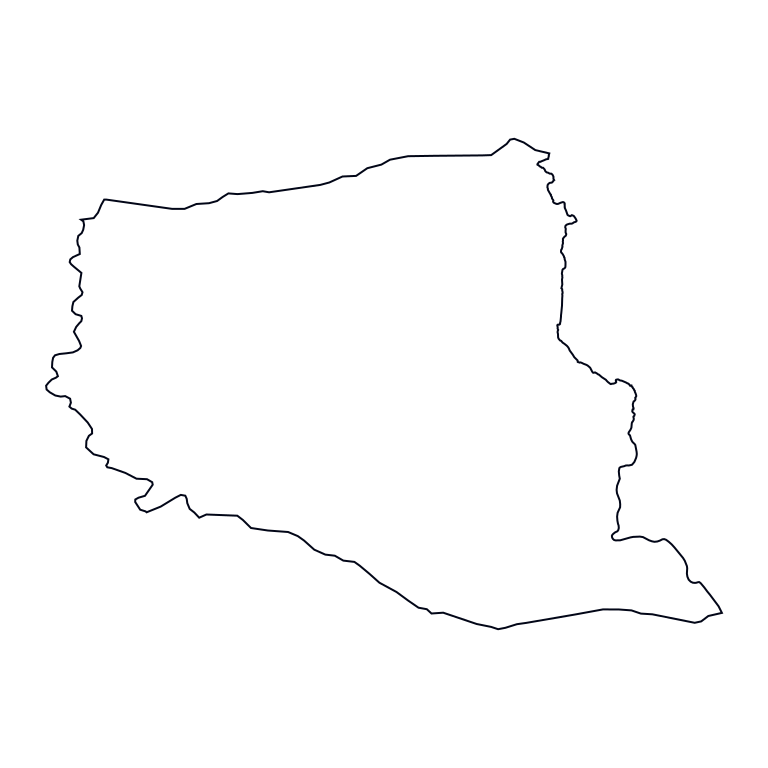 Soca, Canelones, Uruguay
{"feature_id": "84410073B54882123998895", "entity_name": "Soca", "entity_type": "district", "adm_level": 2, "iso_a3": "URY", "parent_name": "Uruguay", "parent_adm1": "Canelones", "projection": "mercator", "projection_center": [-55.499, -34.679], "detail": "fine", "context": "isolated", "style": "outline", "palette": "ink", "viewbox_px": 768, "rotation_deg": 0, "n_neighbors": 0, "source": "geoboundaries", "source_scale": "gbopen_adm2", "svg_char_len": 6059}
<svg xmlns="http://www.w3.org/2000/svg" viewBox="0 0 768 768"><path d="M140.2,509.7L145.6,511.4L146.6,512.3L160.7,506.6L175.3,497.7L180.8,494.9L185.3,495.7L186.7,498.8L187.3,503.2L189.7,508.9L194.3,512.5L199.2,517.7L206.4,514.5L237.3,515.7L242.8,519.9L251.0,528.0L267.8,530.5L288.1,532.0L297.8,536.1L304.0,540.5L314.3,549.7L325.3,554.6L334.8,555.7L343.3,560.6L354.4,561.9L359.6,565.6L369.3,573.7L379.4,582.7L396.5,592.0L408.2,600.6L418.5,607.7L426.8,609.2L431.5,613.5L443.2,612.7L476.7,624.0L491.1,626.9L498.1,629.2L505.4,627.8L516.9,624.2L526.2,622.9L575.1,614.5L603.0,609.4L619.2,609.5L631.5,610.4L640.9,613.6L652.3,614.3L694.7,622.8L701.2,621.4L708.3,616.0L721.9,612.9L718.6,606.3L710.0,594.8L707.2,591.4L704.4,587.6L700.8,583.3L699.3,582.1L698.4,582.1L696.0,582.8L694.8,582.9L692.8,582.7L690.7,581.7L688.7,579.7L687.4,576.7L686.9,573.6L687.2,568.2L686.9,566.1L684.8,560.8L683.0,557.9L674.5,547.5L671.7,544.4L668.9,541.9L666.1,539.8L664.2,539.1L662.4,539.3L659.9,540.6L657.3,541.5L654.4,541.8L651.9,541.3L649.1,540.3L643.0,537.1L639.9,536.6L633.2,536.9L630.5,537.4L620.2,540.3L615.6,540.4L614.1,540.0L612.9,538.9L612.3,537.9L612.0,537.0L611.9,535.8L612.3,534.9L613.3,533.8L615.2,532.3L617.4,531.3L618.3,530.0L618.8,528.0L618.6,525.5L618.0,523.8L617.4,520.6L617.1,516.6L617.6,512.8L620.1,507.3L620.2,504.2L619.8,500.6L617.0,493.3L616.6,489.9L617.1,485.7L619.8,478.7L619.2,475.6L618.8,471.4L619.3,468.4L619.6,467.7L620.9,466.9L624.1,466.2L625.8,465.5L627.3,465.4L628.8,465.5L631.9,464.8L633.0,463.6L634.4,461.9L636.1,457.9L636.6,455.8L636.8,454.0L636.6,451.8L635.3,445.0L634.6,444.0L632.6,442.1L631.8,440.8L631.0,439.0L630.0,435.4L628.8,434.3L628.5,433.5L628.7,432.4L630.5,429.7L631.4,427.7L631.8,423.2L632.1,422.2L632.6,421.8L633.6,420.0L633.8,418.9L633.4,416.8L633.6,416.4L634.3,415.8L634.7,414.3L634.4,413.7L632.7,412.2L632.3,411.5L632.3,411.0L632.5,409.8L632.7,409.3L633.4,409.3L633.6,408.2L633.0,406.6L632.8,404.2L633.6,401.5L634.5,400.9L635.4,399.7L635.5,398.8L635.2,397.9L636.2,396.4L636.2,395.3L635.5,393.2L634.8,391.7L634.8,390.9L634.7,390.6L634.2,390.2L633.8,389.1L632.9,388.1L632.6,387.2L631.5,386.4L631.4,386.1L631.5,385.5L631.2,385.4L630.1,385.7L629.0,384.2L627.7,383.3L627.3,383.3L626.0,382.5L621.8,380.7L619.9,380.4L618.4,379.5L617.8,379.4L616.2,379.7L615.9,380.0L615.8,380.5L616.0,381.1L615.9,381.6L616.2,382.1L615.8,382.7L614.8,383.2L613.6,383.6L611.6,383.8L610.9,384.1L610.5,384.0L608.0,382.1L606.7,380.8L605.9,379.8L601.9,377.2L599.0,374.7L598.0,374.3L596.7,373.3L595.0,372.4L593.7,372.8L592.9,372.6L592.1,371.5L590.2,367.8L589.7,367.3L587.7,365.6L586.5,364.9L583.6,363.8L581.6,362.8L580.4,362.4L579.4,362.6L578.7,362.2L578.0,362.1L577.7,361.9L577.6,360.5L574.3,357.2L572.8,354.7L569.7,350.5L568.9,348.5L568.1,347.2L566.9,345.8L564.4,343.8L562.6,342.6L561.2,340.9L560.0,340.4L558.6,338.7L558.1,337.4L558.0,334.1L557.6,332.3L557.7,331.1L558.2,329.9L557.6,328.6L557.7,327.5L557.3,325.3L557.5,324.9L558.0,324.6L559.0,324.7L559.8,324.3L560.1,323.8L560.0,323.2L560.5,321.5L561.0,316.6L561.0,315.4L561.3,312.9L562.0,305.6L562.2,298.3L562.4,295.7L562.2,294.0L562.5,293.6L562.6,292.2L562.2,290.4L562.2,289.2L561.9,288.7L561.4,288.3L562.3,284.5L562.0,279.7L562.4,277.3L562.2,276.2L562.3,275.3L561.9,273.9L561.9,273.4L562.5,269.8L563.0,269.1L564.5,268.3L565.2,267.5L565.4,266.8L565.5,264.3L565.5,261.8L564.7,259.4L564.5,257.7L564.1,257.3L564.0,256.5L562.8,254.3L561.9,253.1L561.2,252.5L561.0,251.7L561.1,250.3L561.3,249.6L561.8,249.0L562.2,247.5L562.5,246.8L562.3,246.2L562.4,245.2L563.0,243.2L562.8,241.3L563.0,240.7L562.9,238.9L563.2,238.3L564.5,236.7L565.7,235.8L566.2,234.6L566.2,233.8L565.6,232.6L565.6,230.2L565.8,228.9L565.2,227.2L565.5,225.8L565.7,225.5L567.0,224.5L569.6,223.7L571.6,223.7L572.6,223.3L573.8,222.4L575.7,221.8L576.4,221.3L576.6,220.6L575.6,218.5L574.0,216.2L573.5,215.8L572.0,215.2L571.6,215.2L570.6,216.1L569.8,216.1L568.2,215.4L567.5,214.8L566.0,210.5L564.7,207.7L564.9,207.1L564.6,206.1L564.8,204.9L564.5,204.2L564.7,203.5L564.3,202.7L563.5,202.2L562.7,202.1L560.5,202.8L558.3,203.8L557.0,204.0L555.9,203.7L553.9,202.8L553.4,202.3L553.1,201.6L553.4,200.5L553.3,200.2L552.0,198.5L551.9,197.2L551.4,196.5L550.8,195.3L550.9,194.6L550.3,194.1L548.1,190.2L547.9,189.7L547.9,188.6L547.4,187.4L547.6,185.1L548.3,184.0L549.6,182.9L551.8,182.6L552.5,182.1L552.7,181.6L553.4,181.0L553.6,180.2L554.1,180.0L553.5,178.9L553.4,178.0L553.5,177.2L553.4,176.5L552.5,174.7L551.4,173.7L549.6,173.6L548.1,172.7L546.7,172.4L545.4,171.3L544.6,169.4L543.1,167.8L541.7,167.7L540.6,166.7L539.7,166.4L539.1,165.7L538.0,164.9L537.5,164.8L537.4,164.6L537.5,164.0L539.2,161.8L540.6,161.8L540.9,161.5L544.4,160.1L545.8,159.4L548.2,158.9L548.3,157.9L548.9,155.8L548.7,155.2L549.1,154.2L549.3,153.4L535.3,150.1L523.8,142.5L514.3,138.8L510.1,139.6L506.7,143.9L491.2,155.1L482.1,155.4L435.4,155.8L408.1,156.2L390.0,159.7L381.4,164.6L367.3,168.2L356.1,175.9L342.5,176.5L329.3,182.5L320.3,184.9L269.1,192.3L262.8,191.2L252.4,192.9L237.5,194.1L228.4,193.4L222.6,197.0L217.1,201.0L209.0,203.2L196.4,204.0L184.5,208.9L172.3,208.9L106.4,199.6L104.2,199.6L101.2,205.0L98.0,212.7L93.7,218.1L81.1,219.7L83.4,221.4L84.1,225.1L83.2,229.8L81.7,233.1L78.3,235.9L77.3,240.7L77.8,244.5L79.4,247.5L79.8,254.0L73.0,257.1L70.3,259.4L69.7,262.1L71.1,264.2L73.8,266.6L81.4,272.9L79.3,286.3L80.2,288.5L82.5,292.2L81.7,295.0L78.2,297.7L73.4,302.0L72.4,306.2L72.0,310.7L75.6,314.2L81.3,315.9L82.0,318.3L81.3,321.2L79.3,323.2L76.2,326.9L73.9,331.8L79.1,341.0L81.1,346.0L80.3,348.0L77.6,350.3L72.9,352.4L66.3,353.3L59.4,354.0L55.0,355.3L53.1,357.8L52.3,361.9L52.0,367.4L56.3,371.6L57.9,376.2L55.9,377.7L51.8,379.5L48.5,382.7L46.1,385.7L46.6,389.5L49.8,392.3L55.3,395.5L60.7,396.6L65.2,396.1L70.1,398.7L70.9,402.7L69.4,406.6L71.7,408.6L75.2,409.7L80.2,414.5L87.7,422.5L92.0,429.0L92.1,433.5L88.9,435.8L86.4,440.9L86.1,447.4L93.6,454.3L104.0,457.0L108.4,459.3L107.9,462.7L106.2,465.5L107.3,467.3L111.7,468.1L125.3,472.9L136.5,478.7L147.0,479.2L152.2,482.2L152.7,484.7L145.0,495.8L138.5,497.7L135.3,499.5L135.2,502.0L140.2,509.7Z" fill="none" stroke="#020617" stroke-width="2"/></svg>